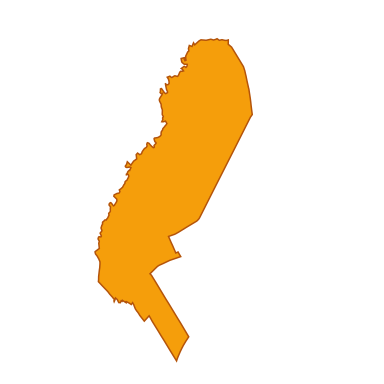 the district of Rawson, San Juan, Argentina, rotated 219°
{"feature_id": "61730980B18994779185278", "entity_name": "Rawson", "entity_type": "district", "adm_level": 2, "iso_a3": "ARG", "parent_name": "Argentina", "parent_adm1": "San Juan", "projection": "robinson", "projection_center": [-68.444, -31.689], "detail": "fine", "context": "isolated", "style": "filled", "palette": "amber", "viewbox_px": 384, "rotation_deg": 219, "n_neighbors": 0, "source": "geoboundaries", "source_scale": "gbopen_adm2", "svg_char_len": 5258}
<svg xmlns="http://www.w3.org/2000/svg" viewBox="0 0 384 384"><g transform="rotate(219 192 192)"><path d="M223.0,316.1L224.2,317.0L226.1,318.5L226.6,318.9L227.5,319.6L228.0,319.9L230.9,321.8L252.4,329.5L256.8,329.6L259.5,333.0L260.5,331.6L261.7,330.6L264.6,329.2L266.2,327.1L269.0,326.9L269.6,325.6L270.9,323.7L273.5,322.6L276.5,318.8L280.8,315.9L281.6,313.9L282.5,308.1L284.7,308.9L283.6,305.1L286.3,304.2L285.0,301.2L283.2,299.6L283.5,298.2L282.4,293.7L280.7,291.6L279.6,290.7L280.1,289.6L281.7,290.4L282.3,291.8L284.5,288.9L283.5,288.0L281.8,286.6L280.8,286.4L278.5,286.4L277.0,287.5L276.0,288.2L275.2,287.0L275.0,286.1L275.1,285.0L276.9,284.9L277.2,284.6L278.1,281.2L276.7,281.3L274.8,280.8L275.5,279.7L276.8,278.7L276.9,277.7L276.9,277.3L276.1,274.7L275.9,273.1L276.1,272.6L278.3,271.6L278.7,271.2L279.7,268.3L280.3,268.1L282.1,268.1L283.5,265.6L281.6,265.0L279.8,263.8L278.1,262.0L278.2,260.3L279.2,259.3L279.6,259.2L281.2,259.8L279.2,258.0L276.3,255.6L274.8,254.9L274.1,254.5L273.6,253.8L274.3,251.9L275.2,251.8L275.9,251.8L279.8,252.9L280.8,253.2L281.1,252.9L281.4,252.3L279.8,250.2L279.4,249.2L278.0,249.0L277.1,250.1L276.5,248.6L276.2,245.8L276.0,244.3L275.4,243.0L274.9,242.6L274.0,242.0L273.2,241.7L271.3,240.8L270.7,240.2L269.7,239.1L269.1,238.6L267.2,237.5L266.4,236.8L264.1,233.7L263.6,233.3L261.8,232.6L261.6,232.2L261.6,231.4L261.4,230.9L260.5,230.3L260.3,229.9L259.7,227.6L258.6,228.4L257.2,230.4L254.6,229.4L254.4,228.0L254.5,226.8L254.5,226.2L254.4,225.5L254.5,224.2L254.5,222.9L253.9,221.5L253.8,219.6L253.1,218.3L252.0,217.1L251.9,216.4L251.9,215.2L252.8,212.9L253.9,211.6L255.1,210.3L255.0,209.5L253.8,208.6L252.9,208.0L252.1,207.7L251.4,207.8L250.7,207.4L250.6,206.9L250.7,205.1L250.8,204.7L250.6,204.0L250.1,203.7L249.5,203.1L249.6,202.4L250.1,202.1L252.1,202.1L254.3,202.4L255.9,202.8L257.5,202.4L257.7,201.8L257.1,200.5L256.2,199.8L255.9,199.5L255.7,198.7L255.6,197.9L255.9,196.8L256.2,196.3L256.3,195.4L256.1,192.2L255.4,190.1L255.5,189.4L256.2,188.1L257.3,188.1L258.8,188.0L258.9,185.9L255.8,182.9L256.8,179.2L256.4,174.4L261.3,174.8L260.2,172.1L260.2,171.4L260.2,170.8L260.1,170.1L259.4,169.7L259.0,169.7L258.1,170.0L257.6,170.5L257.2,170.9L256.3,172.1L254.8,172.5L254.0,169.6L254.4,169.5L254.6,168.2L254.6,167.1L254.0,165.6L254.2,164.5L253.8,164.1L253.5,164.6L253.4,165.1L252.5,165.4L251.9,165.1L251.5,164.8L251.1,164.5L250.8,163.7L250.6,163.1L250.4,162.0L250.3,161.5L250.1,160.8L250.0,160.2L250.4,158.8L250.5,158.1L250.2,157.3L249.7,156.8L249.5,156.0L249.5,154.8L249.3,153.8L249.1,152.7L248.9,151.9L249.1,151.2L249.4,149.1L249.9,148.1L249.6,147.7L249.1,147.5L248.7,147.3L248.3,147.0L248.0,145.7L248.1,145.2L248.3,144.8L248.8,144.2L249.2,144.0L249.6,143.2L250.0,142.3L250.2,141.7L250.7,141.0L250.6,140.6L250.1,139.5L246.0,139.1L245.5,138.6L245.0,138.1L244.7,137.6L244.4,136.2L244.3,135.5L244.2,134.7L244.1,133.5L243.9,132.7L244.3,131.8L245.3,132.0L246.2,132.2L247.1,132.5L247.7,132.6L248.2,132.6L248.7,132.4L248.9,131.5L248.9,130.9L248.7,130.3L248.4,129.9L248.1,129.6L247.4,129.4L246.9,129.4L246.3,129.3L245.9,129.0L245.5,128.4L244.9,127.5L244.3,126.8L243.7,126.1L243.3,125.6L243.2,124.6L243.3,123.8L243.3,123.1L243.1,122.7L242.3,122.1L241.8,121.5L241.7,120.6L241.3,119.3L241.2,118.6L241.2,117.0L241.0,116.4L241.6,115.9L242.1,115.4L242.2,114.7L242.2,113.4L242.5,112.7L242.4,112.1L242.0,111.5L241.3,110.8L241.1,109.4L240.1,106.9L239.4,106.3L238.0,105.6L237.7,105.2L237.5,104.7L237.4,103.9L237.6,103.3L237.6,102.8L237.5,102.2L237.0,101.9L236.3,101.6L234.7,100.7L234.5,99.9L235.3,99.2L236.1,98.8L236.2,98.0L235.6,96.6L235.1,96.2L233.1,95.4L232.6,94.5L232.3,93.6L228.5,89.8L229.8,84.7L229.3,84.1L228.5,83.5L227.9,83.1L227.0,82.9L225.3,82.5L222.1,81.2L221.6,80.9L220.0,80.1L219.4,79.6L218.1,78.0L217.7,77.4L216.0,75.0L215.2,73.6L211.4,67.6L209.3,64.9L208.3,63.4L206.6,63.2L203.8,62.8L202.4,62.6L198.6,62.1L197.7,62.0L194.7,61.6L191.5,60.8L188.3,60.3L187.5,60.2L186.6,59.9L185.8,60.0L185.5,59.9L185.4,59.9L185.1,59.7L184.8,59.3L184.6,59.1L184.3,58.8L184.3,58.6L184.2,58.4L184.1,58.2L183.5,57.8L183.8,59.0L184.1,59.9L184.7,61.5L182.7,61.4L181.9,61.2L181.4,61.0L180.6,60.5L179.8,60.2L179.2,60.0L178.5,60.6L178.0,60.9L178.1,61.4L178.4,62.2L178.6,62.9L177.5,63.1L177.9,64.0L175.8,64.2L173.6,64.5L174.3,65.3L174.1,65.5L171.0,66.1L170.4,66.2L168.4,66.3L168.5,68.6L166.3,67.7L164.1,66.4L163.3,66.0L162.7,65.6L162.1,65.4L159.9,64.7L159.1,64.6L157.0,64.0L155.7,63.5L154.8,63.2L153.5,62.9L147.8,61.6L147.4,68.8L144.5,67.7L141.6,66.5L136.2,64.6L131.0,62.8L125.5,60.8L120.2,59.0L109.4,55.1L97.7,51.0L98.5,53.1L99.3,55.6L100.7,60.6L101.5,64.0L102.2,67.4L102.9,72.3L103.4,77.4L112.3,80.7L118.5,83.0L123.7,84.8L139.8,90.6L144.8,92.3L163.8,99.2L168.1,100.7L170.9,101.7L172.0,101.9L173.2,102.0L172.5,108.5L172.1,111.9L172.0,112.6L171.7,113.4L171.4,114.4L169.4,118.3L166.2,125.0L162.6,130.7L160.1,134.7L163.1,135.8L165.1,136.6L166.2,134.4L173.3,138.1L176.6,139.7L182.3,142.7L179.0,148.0L178.7,148.6L178.4,149.2L177.1,152.5L173.9,161.7L170.0,172.4L169.8,174.0L169.8,174.7L169.7,175.4L169.8,175.9L169.9,176.7L170.1,177.7L177.0,209.5L186.5,253.8L193.7,287.0L193.9,290.1L197.9,293.9L200.6,296.5L201.5,297.4L203.1,299.0L205.6,301.4L211.2,306.5L212.5,307.7L213.6,308.5L219.5,313.2L223.0,316.1Z" fill="#f59e0b" stroke="#b45309" stroke-width="1.5"/></g></svg>